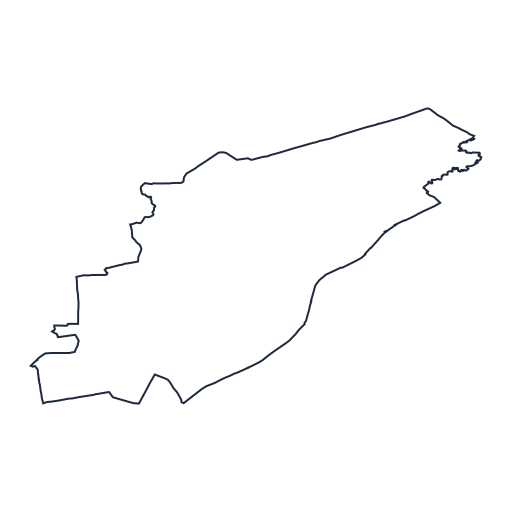 outline of Ilzeskalna pag., Rezeknes, Latvia
{"feature_id": "27541924B19627708987282", "entity_name": "Ilzeskalna pag.", "entity_type": "district", "adm_level": 2, "iso_a3": "LVA", "parent_name": "Latvia", "parent_adm1": "Rezeknes", "projection": "equal_earth", "projection_center": [27.405, 56.647], "detail": "fine", "context": "isolated", "style": "outline", "palette": "slate", "viewbox_px": 512, "rotation_deg": 0, "n_neighbors": 0, "source": "geoboundaries", "source_scale": "gbopen_adm2", "svg_char_len": 5987}
<svg xmlns="http://www.w3.org/2000/svg" viewBox="0 0 512 512"><path d="M440.2,202.8L434.0,197.0L429.8,195.4L428.4,194.5L428.0,193.6L426.8,193.2L426.8,192.7L427.4,192.3L428.0,191.6L427.7,191.3L426.5,190.6L425.8,189.9L425.7,189.5L424.6,188.5L423.5,187.9L423.5,187.6L423.8,187.0L426.4,185.0L428.4,183.6L428.5,183.3L428.2,182.1L428.6,181.6L429.0,181.6L431.0,183.3L431.7,183.5L432.2,183.3L432.4,182.9L432.3,182.3L431.6,180.6L431.6,180.0L431.9,179.8L434.5,180.0L438.3,178.9L439.9,179.6L441.1,179.3L441.4,179.1L441.7,177.7L441.7,176.3L442.0,175.9L442.9,175.7L443.1,174.8L445.0,174.5L446.4,174.8L447.2,174.7L447.6,174.5L447.5,172.4L447.7,172.2L449.7,171.2L450.2,171.1L451.3,171.2L451.9,171.7L452.4,171.6L452.5,171.4L452.3,168.7L452.5,168.2L452.8,167.9L453.7,167.7L454.0,167.8L454.5,168.4L454.4,168.8L454.0,169.2L454.5,169.4L455.4,169.0L456.5,169.0L456.5,168.9L456.1,168.7L455.5,168.5L455.4,168.3L455.5,168.1L456.7,167.8L457.9,168.1L458.0,168.5L457.8,169.5L458.1,170.6L458.6,171.0L459.6,171.0L459.7,171.4L460.0,171.6L460.6,171.5L460.8,171.2L461.5,170.9L461.7,170.6L460.8,170.3L461.6,169.9L462.1,170.2L462.8,170.0L463.4,170.1L463.6,170.2L463.6,170.7L464.0,170.5L464.2,169.9L464.5,169.9L464.8,170.3L466.2,170.6L468.4,168.9L466.6,167.3L466.4,166.8L466.7,166.5L467.6,166.2L469.4,166.3L472.6,165.6L474.7,164.5L475.0,163.7L476.0,163.6L476.1,163.2L475.5,162.6L475.7,162.4L476.3,162.3L477.2,162.9L477.6,162.8L477.8,162.7L477.7,162.1L476.7,161.1L476.5,160.6L477.0,160.2L477.5,160.3L478.3,160.8L478.9,160.7L480.7,159.3L480.8,158.3L481.3,157.2L480.9,156.8L479.9,156.6L479.7,155.9L478.7,155.9L478.5,155.5L478.6,154.8L479.5,154.2L479.9,153.7L479.7,153.0L479.2,152.7L472.6,152.5L471.0,153.2L469.8,152.7L468.9,152.9L468.2,152.5L467.0,152.8L466.1,152.3L466.0,152.1L466.3,151.2L466.2,150.8L465.8,150.6L461.4,150.5L459.7,151.1L458.7,150.6L458.9,150.3L459.5,150.2L460.2,149.7L460.4,149.4L461.3,149.2L461.2,148.9L461.5,148.7L461.5,148.4L461.1,148.1L459.8,147.9L459.6,147.3L458.6,146.8L458.6,146.4L459.8,145.7L460.0,145.0L460.3,144.6L459.9,144.1L460.1,143.9L461.9,143.0L463.0,142.7L462.9,142.4L463.5,142.0L464.0,142.4L464.3,142.5L465.0,142.3L464.8,142.0L465.3,141.9L465.6,142.4L466.4,142.4L466.8,142.2L467.1,142.0L467.1,141.6L466.9,141.4L466.4,141.4L466.5,141.0L469.0,140.1L469.6,140.3L470.1,139.8L470.4,139.0L470.7,139.0L471.1,139.4L471.2,139.9L471.0,140.2L471.2,140.4L471.6,140.3L472.2,139.4L472.9,139.6L473.2,139.5L472.5,138.8L473.7,138.5L472.9,137.9L473.1,137.8L473.5,136.4L474.0,135.9L469.7,134.2L467.0,132.2L461.5,129.7L458.5,128.0L452.9,125.6L448.4,121.9L444.2,118.7L437.1,114.8L436.1,113.8L429.9,109.1L429.2,108.8L427.1,108.4L411.2,114.0L405.0,116.4L384.7,122.3L383.1,122.6L381.1,123.3L378.9,123.8L378.8,123.6L375.5,124.9L366.0,127.3L340.9,134.9L330.2,138.6L324.2,139.9L321.4,140.7L320.7,140.6L314.9,142.6L314.0,142.6L293.8,148.3L279.3,152.7L271.9,154.7L270.0,155.1L268.9,155.9L266.5,156.5L263.2,156.8L251.5,159.9L247.8,158.3L236.8,159.8L226.0,152.9L222.2,152.2L218.5,152.7L204.7,162.0L198.0,166.3L195.0,168.6L188.4,172.5L187.1,173.1L186.2,173.9L184.0,177.4L183.4,181.5L182.7,182.1L181.0,182.9L172.6,183.0L170.0,183.4L156.0,183.5L154.4,183.2L151.2,184.1L145.0,183.1L142.9,184.8L141.0,186.9L140.8,187.9L140.8,189.3L141.3,190.7L141.1,190.7L141.9,193.6L143.3,194.5L144.8,194.5L145.3,194.8L146.4,196.1L147.6,196.3L148.4,197.2L148.7,197.3L150.4,196.7L151.1,197.1L151.2,197.3L151.0,197.8L150.6,198.1L150.6,198.7L151.7,201.3L151.5,202.8L151.7,203.2L153.7,204.9L154.8,205.4L155.2,206.1L154.7,206.9L154.8,207.1L154.7,207.3L153.9,208.0L154.1,209.7L153.9,210.3L153.7,210.8L152.8,211.3L152.5,212.2L152.5,212.8L153.3,213.7L153.4,214.1L153.3,214.9L152.9,215.4L149.7,216.9L148.0,217.2L145.7,217.0L144.8,217.2L144.3,217.8L143.4,219.6L141.9,221.8L140.9,222.8L140.4,223.0L139.3,223.2L137.1,222.7L136.4,222.7L133.1,223.9L131.7,224.2L131.1,224.8L130.2,224.6L131.7,229.6L132.3,237.3L135.2,240.3L136.3,242.0L139.9,245.1L141.4,248.7L141.0,250.5L138.5,256.6L138.3,257.8L138.1,260.8L137.9,261.6L127.8,263.4L125.1,263.6L122.3,264.7L120.4,264.9L107.3,268.2L106.4,268.0L106.0,268.2L105.6,269.1L105.0,269.6L104.7,269.8L104.9,270.1L105.7,271.1L105.7,271.5L106.4,271.8L106.6,272.5L107.2,272.8L107.1,273.0L107.2,273.3L106.8,273.5L106.7,274.1L106.8,274.3L106.0,274.9L91.8,275.0L88.8,275.4L83.3,275.3L76.4,276.9L76.9,280.4L76.8,280.8L77.2,289.4L78.1,295.7L78.0,296.2L78.5,302.3L78.5,307.8L78.2,310.4L78.1,323.9L68.6,323.9L67.7,324.1L67.6,325.2L66.3,325.8L63.0,325.6L54.3,325.5L54.3,327.3L54.9,328.9L54.7,329.5L53.9,330.5L52.6,331.1L52.1,331.5L55.3,333.4L56.3,333.6L57.5,335.2L57.3,335.5L58.0,337.2L75.2,334.8L76.4,336.6L78.7,340.7L77.6,345.5L75.6,349.5L74.8,351.9L69.2,353.0L51.6,353.0L45.3,353.4L41.2,356.1L38.8,357.9L37.1,359.6L37.4,359.9L34.8,361.8L30.7,365.8L32.8,366.7L34.9,366.0L37.8,369.7L37.9,372.4L38.4,375.6L38.5,375.9L38.5,377.6L39.0,379.5L38.8,379.5L39.2,382.2L39.9,385.0L40.6,390.5L41.3,393.7L41.9,398.3L43.2,403.3L47.2,402.0L51.8,401.6L58.4,400.6L68.3,398.7L72.6,398.4L77.7,397.3L93.9,394.8L94.8,394.4L109.0,392.0L113.0,397.3L133.1,403.1L138.9,403.6L147.9,387.0L148.7,385.2L154.8,374.5L165.8,378.7L167.7,379.8L168.9,380.8L171.3,384.4L173.8,388.6L175.7,390.7L177.2,392.5L178.2,394.2L180.8,398.9L181.3,400.4L181.5,402.1L183.6,403.2L202.0,388.9L206.6,386.1L214.9,382.9L220.9,379.7L225.6,377.5L229.5,376.0L234.6,373.5L237.1,372.7L247.7,368.0L247.5,367.9L251.7,366.0L258.3,362.7L262.4,360.3L267.7,356.0L274.3,351.1L286.7,342.6L290.0,340.0L293.3,336.4L295.3,334.5L298.9,329.8L304.7,324.1L304.5,322.7L306.0,321.0L307.9,313.8L308.9,310.6L310.2,304.8L311.3,301.4L310.9,301.3L315.0,286.7L315.7,284.9L318.9,280.7L320.3,279.3L322.6,277.5L325.8,274.7L340.7,267.7L342.5,267.6L356.1,260.8L361.2,258.0L365.3,254.5L365.0,253.9L370.3,248.1L371.2,247.8L373.0,245.6L378.0,240.1L380.7,236.8L384.0,233.3L385.8,232.0L385.0,231.5L385.9,231.0L386.4,231.5L389.3,229.2L391.3,228.0L393.6,226.3L395.8,224.9L395.3,224.6L404.3,220.4L405.0,220.5L413.7,216.4L418.5,213.7L423.6,211.1L434.6,206.1L440.2,202.8Z" fill="none" stroke="#1e293b" stroke-width="2"/></svg>